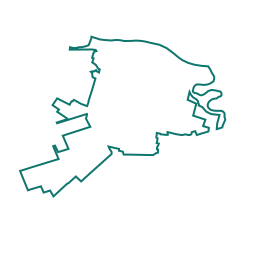 Turnu Magurele, Teleorman, Romania, rotated 197°
{"feature_id": "2599482B11362496052872", "entity_name": "Turnu Magurele", "entity_type": "district", "adm_level": 2, "iso_a3": "ROU", "parent_name": "Romania", "parent_adm1": "Teleorman", "projection": "robinson", "projection_center": [24.842, 43.779], "detail": "fine", "context": "isolated", "style": "outline", "palette": "teal", "viewbox_px": 256, "rotation_deg": 197, "n_neighbors": 0, "source": "geoboundaries", "source_scale": "gbopen_adm2", "svg_char_len": 4276}
<svg xmlns="http://www.w3.org/2000/svg" viewBox="0 0 256 256"><g transform="rotate(197 128 128)"><path d="M204.4,135.6L206.8,127.8L199.4,125.4L200.5,122.8L193.5,120.7L188.2,119.0L197.7,112.4L197.2,111.8L171.4,129.4L171.1,129.0L170.9,124.7L164.4,118.1L188.1,101.6L178.8,90.6L187.8,84.5L192.7,89.8L194.2,88.7L189.1,82.5L185.3,78.0L194.0,72.2L196.5,70.5L207.7,62.9L212.6,59.5L218.6,55.4L218.0,54.5L205.9,39.7L205.5,39.2L203.5,40.6L197.0,44.9L194.2,46.8L189.8,41.6L184.2,45.4L179.8,41.3L179.3,40.8L175.9,46.6L174.2,49.6L170.1,56.6L168.6,58.1L163.7,66.4L160.5,64.8L157.2,63.2L151.2,73.3L136.1,98.3L136.7,100.3L139.8,102.9L141.1,104.6L140.8,104.6L131.4,105.3L130.5,105.4L129.9,103.6L126.1,103.9L124.3,101.3L121.5,102.2L99.0,108.6L96.0,109.5L94.4,111.5L93.2,112.6L92.1,113.3L93.0,116.2L94.1,116.1L94.4,117.3L94.5,118.7L94.0,120.2L94.0,122.1L96.2,122.0L96.3,124.1L96.7,126.8L97.7,126.9L98.3,127.5L98.4,129.0L99.0,131.7L95.5,132.0L95.1,131.5L94.9,131.6L89.2,132.6L87.9,133.3L88.9,134.9L89.0,135.7L80.9,136.1L74.5,136.9L73.0,137.7L71.6,138.6L70.8,138.7L69.4,138.9L68.8,138.9L68.2,138.9L67.7,139.1L66.8,139.5L66.4,139.7L66.1,140.0L65.9,140.2L65.8,140.4L65.7,140.7L65.6,141.3L65.6,141.8L65.8,142.6L65.5,142.9L65.0,143.2L62.9,144.6L61.0,142.5L60.1,141.4L59.0,142.2L54.6,145.2L52.4,146.6L51.2,147.4L50.1,148.2L50.5,150.8L50.7,151.8L56.8,151.8L56.5,157.0L56.4,158.6L69.3,158.9L69.8,171.2L79.2,172.4L79.7,180.5L77.8,178.4L75.1,176.5L71.4,175.5L69.3,174.4L66.8,170.7L66.9,170.2L62.9,169.7L59.6,167.5L57.8,166.5L53.1,165.7L51.7,165.8L44.3,167.2L44.0,158.4L43.3,155.2L43.1,154.1L42.8,152.9L40.7,154.2L39.6,155.0L38.8,155.6L38.0,156.1L38.1,156.5L38.1,157.0L38.1,157.8L38.0,159.0L38.0,159.7L37.9,160.1L37.8,160.7L37.8,161.2L37.7,161.9L37.6,162.6L37.4,163.9L37.4,164.2L37.8,165.2L37.9,165.3L38.1,165.6L38.4,166.0L38.9,166.6L39.0,167.0L39.1,167.4L39.4,168.4L39.6,169.4L39.8,169.8L39.9,170.0L40.1,170.3L40.3,170.4L40.8,170.9L41.3,171.1L41.7,171.3L42.2,171.5L42.5,171.6L42.9,171.7L43.3,171.7L43.9,171.7L44.7,171.4L47.5,170.6L49.6,170.0L51.3,169.7L52.5,169.6L53.3,169.6L53.9,169.6L54.5,169.7L55.9,170.3L56.7,170.7L57.5,171.3L58.0,171.9L58.3,172.7L58.6,173.8L58.6,174.3L58.5,175.2L58.5,175.8L58.3,176.5L57.9,177.4L56.2,179.7L55.7,180.2L55.2,180.6L54.1,181.2L53.4,181.5L52.7,181.8L52.0,182.1L51.6,182.5L51.1,183.4L50.7,183.8L49.8,184.7L49.4,185.0L48.9,185.2L48.6,185.5L48.4,185.9L48.3,186.2L48.2,186.6L48.3,187.0L48.4,187.5L48.8,188.5L49.3,189.1L49.6,189.5L49.9,189.7L50.3,189.8L50.8,189.9L51.3,189.8L52.4,189.6L53.8,189.6L55.1,189.5L56.7,189.3L58.8,188.9L59.4,188.7L60.1,188.2L61.4,187.3L62.3,186.5L62.9,185.6L63.9,184.0L64.5,183.3L65.1,182.5L65.8,181.9L66.4,181.3L67.1,180.9L67.6,180.7L68.2,180.6L68.8,180.6L70.8,180.9L71.1,181.1L71.3,181.1L71.6,181.1L72.2,181.2L72.6,181.2L73.2,181.2L74.2,181.0L74.7,181.0L75.0,181.1L75.7,181.3L76.2,181.6L76.5,181.8L76.7,182.2L76.8,182.3L76.9,182.9L76.9,183.6L77.0,184.7L77.1,185.4L77.0,186.1L76.8,187.1L76.5,187.7L76.2,188.4L76.0,188.8L75.6,189.2L75.0,189.7L74.5,189.9L73.6,190.2L72.5,190.5L71.9,190.6L70.8,190.8L68.4,191.3L67.1,191.7L66.3,192.1L65.2,192.6L64.2,193.2L63.3,193.9L62.1,194.9L61.8,195.2L61.3,196.0L60.8,196.6L60.5,196.9L60.2,197.1L60.0,197.3L59.9,197.6L59.9,198.0L59.9,198.5L59.9,199.8L60.1,200.9L60.5,202.1L61.2,202.9L61.8,203.5L62.7,204.2L64.0,205.3L66.0,207.6L69.3,210.4L70.8,210.1L75.4,209.0L83.4,207.9L89.8,207.9L95.4,208.7L100.5,210.3L105.4,212.4L110.3,214.2L114.5,215.7L122.2,216.8L131.7,216.0L137.1,215.7L140.5,215.2L144.9,214.2L146.1,213.9L150.1,212.3L157.0,210.1L161.6,209.6L165.5,208.6L169.3,206.9L174.0,205.8L175.1,205.5L180.5,204.5L189.6,204.6L189.3,202.7L189.8,195.7L192.6,193.6L195.7,191.9L198.7,190.8L201.1,189.3L203.8,188.5L207.0,188.3L206.6,185.9L185.6,192.5L181.7,193.2L181.2,192.8L180.7,192.3L182.6,191.2L182.7,189.7L183.0,189.5L182.9,186.0L182.8,184.6L181.3,184.6L181.3,182.4L181.3,180.2L179.3,179.7L177.0,178.8L173.7,176.0L172.2,175.8L172.0,172.6L173.8,173.0L174.8,173.0L175.4,174.0L176.0,173.6L176.5,172.9L177.0,172.2L178.6,171.8L179.9,170.9L178.3,170.2L178.1,169.4L177.4,167.5L176.5,166.2L173.6,165.8L173.6,163.8L173.5,157.2L173.5,151.5L173.6,145.4L173.6,141.9L173.3,141.5L173.5,137.0L179.7,137.3L188.0,139.1L188.9,137.2L189.7,137.0L190.3,135.0L190.6,133.2L204.4,135.6Z" fill="none" stroke="#0f766e" stroke-width="2"/></g></svg>